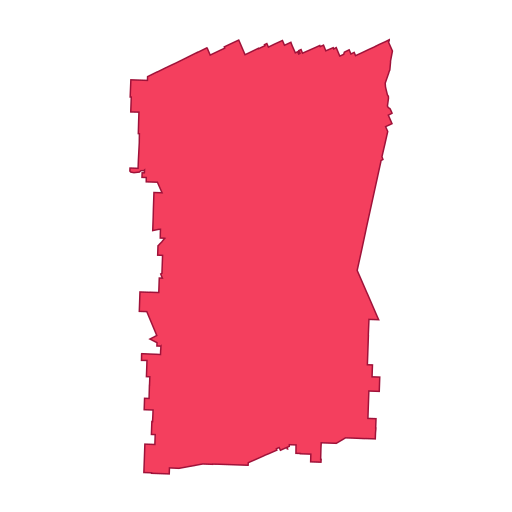 the district of Goomalling, Western Australia, Australia, rotated 182°
{"feature_id": "25037944B4799895230449", "entity_name": "Goomalling", "entity_type": "district", "adm_level": 2, "iso_a3": "AUS", "parent_name": "Australia", "parent_adm1": "Western Australia", "projection": "natural_earth1", "projection_center": [116.79, -31.235], "detail": "fine", "context": "isolated", "style": "filled", "palette": "rose", "viewbox_px": 512, "rotation_deg": 182, "n_neighbors": 0, "source": "geoboundaries", "source_scale": "gbopen_adm2", "svg_char_len": 4021}
<svg xmlns="http://www.w3.org/2000/svg" viewBox="0 0 512 512"><g transform="rotate(182 256 256)"><path d="M387.3,410.5L386.2,410.5L386.2,395.6L378.0,395.7L378.0,387.3L377.9,374.2L376.8,374.1L376.6,364.9L376.9,347.7L376.9,346.8L376.9,346.5L376.9,340.0L376.9,339.5L384.9,339.5L385.0,339.5L385.0,336.5L384.5,335.9L384.1,335.5L382.2,335.2L380.9,335.0L375.5,335.8L374.0,337.3L373.2,337.3L371.2,337.4L370.4,338.1L370.4,335.3L370.5,335.2L372.7,335.2L372.7,330.6L368.4,330.6L368.3,326.3L363.8,326.3L357.1,326.3L352.1,315.9L360.2,315.9L360.2,300.6L360.1,290.6L360.1,281.4L360.1,277.8L354.4,279.2L352.4,279.4L352.4,275.4L352.3,270.6L348.3,270.6L347.8,270.5L348.1,270.2L348.3,269.9L348.6,269.6L348.8,269.2L349.4,268.5L350.7,266.7L352.5,264.8L354.1,262.9L354.3,262.8L354.3,253.4L349.4,253.4L349.4,243.4L349.4,242.4L349.4,235.4L350.6,234.7L348.8,230.6L351.9,230.6L351.9,220.7L351.9,216.1L360.7,216.1L360.8,216.0L370.7,216.0L370.7,196.6L363.2,196.6L353.2,174.9L352.4,173.1L359.1,169.3L351.9,165.9L351.9,162.6L348.0,162.6L347.9,162.7L347.9,159.1L348.0,158.9L348.0,154.2L351.9,154.3L356.6,154.3L366.8,154.4L366.9,154.2L366.8,148.5L366.8,147.7L361.3,147.8L361.3,131.6L358.6,131.6L357.9,131.6L357.9,123.0L358.0,123.0L357.9,109.9L362.4,109.9L362.4,98.5L360.3,98.5L357.5,98.5L353.5,98.5L353.5,93.8L353.6,86.8L354.3,86.9L354.3,74.0L350.5,74.0L350.5,72.8L350.5,70.1L350.5,66.0L350.5,64.1L354.3,64.1L360.5,64.1L360.5,35.7L352.8,35.7L352.8,35.2L348.3,35.2L335.1,35.2L335.1,41.2L333.2,41.2L325.6,41.1L302.0,46.3L295.3,46.3L292.2,46.3L292.2,46.5L286.2,46.6L276.0,46.6L268.3,46.6L267.9,46.6L262.2,46.6L256.6,46.6L256.5,49.2L250.6,52.0L242.4,56.0L242.2,56.1L240.8,56.8L240.6,57.0L237.0,58.6L236.9,58.6L236.7,58.7L228.4,62.7L229.0,64.0L228.9,64.1L228.1,64.5L227.3,64.9L226.7,65.2L226.2,65.4L224.9,62.9L224.8,62.7L224.6,62.8L222.6,63.8L221.6,64.3L218.6,65.7L218.0,64.3L217.7,64.3L218.4,65.8L216.1,66.9L216.1,68.6L209.4,68.6L209.2,60.2L204.7,60.2L204.7,59.9L194.3,59.9L194.2,52.2L183.9,52.2L183.8,55.0L184.3,55.0L184.4,66.5L184.3,71.6L175.1,71.6L169.2,71.6L160.2,77.4L152.4,77.4L140.6,77.3L140.3,77.4L130.4,77.4L130.4,83.5L130.2,87.1L130.2,88.3L130.4,88.3L130.4,91.8L130.4,97.6L137.3,97.6L138.5,97.6L138.5,104.5L138.5,125.0L128.7,125.0L128.1,125.0L128.1,139.3L135.8,139.3L135.8,148.2L135.8,150.8L135.8,151.2L140.9,151.2L140.9,168.4L140.9,169.9L140.9,180.6L141.0,180.7L140.9,196.6L131.2,196.6L131.3,196.8L133.1,200.5L136.9,208.5L143.7,222.8L143.8,222.9L149.6,235.1L154.4,245.1L150.3,267.4L150.3,267.5L147.4,283.8L146.8,287.4L137.8,336.6L134.6,354.2L134.4,355.8L132.5,356.9L133.6,359.6L131.1,372.3L128.7,385.0L131.0,389.8L124.7,393.0L128.7,401.4L125.0,403.4L125.0,403.5L126.8,407.2L127.3,408.0L128.8,408.8L129.3,409.4L129.9,410.5L129.1,418.2L129.3,420.3L130.3,421.6L131.9,427.3L132.5,429.6L132.9,433.3L129.9,443.0L129.3,445.3L128.8,446.4L128.7,447.4L128.3,454.7L128.4,455.1L128.3,455.7L128.3,455.9L126.8,465.6L128.1,468.3L130.3,472.8L131.0,474.4L131.1,474.6L130.6,475.4L130.6,475.5L130.4,475.7L130.4,476.8L134.0,474.8L140.3,471.7L143.2,470.1L143.4,470.1L143.5,470.0L143.5,469.9L146.1,468.5L146.6,468.3L147.7,467.7L147.8,467.7L151.2,466.0L157.3,462.8L163.5,459.7L165.0,462.9L168.2,461.2L170.1,465.3L174.8,462.8L175.4,460.6L179.2,458.7L179.3,458.8L183.1,467.1L185.5,465.6L186.1,466.9L193.4,463.5L195.9,469.1L197.5,468.3L199.1,467.5L199.6,468.6L203.4,466.7L204.0,466.4L210.0,463.5L211.2,462.9L211.9,462.6L216.6,460.3L218.2,463.9L220.4,462.8L219.1,460.0L220.4,459.3L221.5,461.6L223.8,460.4L227.3,467.6L227.4,467.9L227.6,468.3L228.6,470.8L231.1,469.5L234.9,467.6L235.3,468.5L237.1,472.3L245.1,468.3L250.9,465.2L252.6,468.7L254.9,467.5L254.4,466.5L257.1,465.1L260.6,463.3L260.8,463.7L270.6,458.5L274.0,456.8L279.4,468.3L280.8,471.2L286.5,468.3L295.0,463.9L294.5,462.8L294.5,462.6L297.9,460.9L308.8,455.2L312.0,462.0L312.3,462.2L312.4,462.3L312.6,462.2L321.9,457.2L321.9,457.4L342.7,446.1L346.3,444.3L352.7,441.0L355.8,439.3L361.2,436.4L361.3,436.5L370.6,431.5L370.6,427.7L387.2,427.7L387.3,410.5Z" fill="#f43f5e" stroke="#9f1239" stroke-width="1.5"/></g></svg>